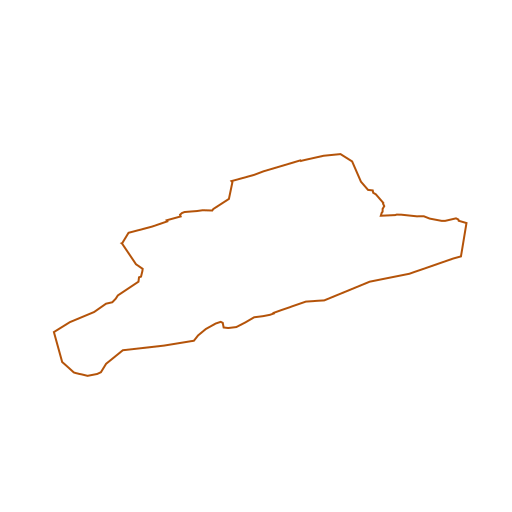 Hufash, Al Mahwit, Yemen, rotated 259°
{"feature_id": "15242507B53182107073973", "entity_name": "Hufash", "entity_type": "district", "adm_level": 2, "iso_a3": "YEM", "parent_name": "Yemen", "parent_adm1": "Al Mahwit", "projection": "equal_earth", "projection_center": [43.421, 15.375], "detail": "fine", "context": "isolated", "style": "outline", "palette": "amber", "viewbox_px": 512, "rotation_deg": 259, "n_neighbors": 0, "source": "geoboundaries", "source_scale": "gbopen_adm2", "svg_char_len": 1695}
<svg xmlns="http://www.w3.org/2000/svg" viewBox="0 0 512 512"><g transform="rotate(259 256 256)"><path d="M248.2,468.9L248.3,468.7L251.9,461.7L253.2,461.6L254.8,459.5L254.4,448.2L255.0,445.1L259.6,433.6L263.0,428.3L264.3,421.3L268.9,406.3L269.8,401.9L269.6,400.5L271.7,386.2L274.5,387.7L275.3,388.7L278.1,389.3L280.5,391.4L283.1,390.7L283.8,391.1L287.1,389.2L293.7,385.4L295.7,383.1L298.1,383.1L299.5,378.6L308.9,373.2L330.5,368.4L339.9,358.4L340.4,353.2L341.5,341.5L341.0,323.5L340.8,318.6L340.7,318.2L341.4,317.8L337.7,279.6L336.0,269.7L334.2,246.2L332.9,246.9L317.2,240.3L310.3,223.1L309.2,221.9L309.0,221.7L311.1,212.4L311.4,206.6L312.1,200.6L312.8,194.2L312.3,191.5L311.0,189.3L309.2,189.6L308.1,175.1L306.9,175.5L304.7,159.6L303.1,135.3L294.2,127.2L294.1,126.7L294.0,126.8L273.5,135.5L270.8,136.6L265.0,142.3L262.9,141.6L257.7,139.2L257.4,137.1L253.2,135.7L243.8,113.2L243.6,112.8L240.8,110.1L238.0,106.1L237.8,99.7L231.9,86.4L226.6,60.7L219.9,43.1L199.3,44.7L189.0,45.5L188.9,45.5L186.1,47.7L179.6,52.6L176.5,54.9L176.2,55.4L175.4,56.9L174.5,58.9L174.1,59.7L173.0,62.4L170.5,67.8L170.5,77.6L171.5,81.6L178.8,88.3L188.9,107.3L185.6,148.6L185.2,161.7L184.8,175.1L184.8,175.9L184.7,177.2L184.7,178.9L189.1,184.0L193.9,192.8L197.4,203.5L198.1,208.8L196.7,210.6L192.0,210.6L190.6,215.0L190.0,223.1L192.8,232.8L196.2,242.5L195.6,251.4L195.6,258.5L196.2,262.5L196.8,262.4L198.1,270.8L199.3,279.7L199.5,280.7L199.7,281.9L201.7,296.1L201.7,296.4L200.7,304.2L200.7,304.5L200.3,307.8L199.4,314.5L209.1,362.7L209.1,364.9L209.2,380.0L209.2,380.8L209.3,403.2L209.8,406.5L210.1,408.4L211.0,415.0L215.9,449.2L216.5,457.1L224.5,460.1L248.2,468.9Z" fill="none" stroke="#b45309" stroke-width="2"/></g></svg>